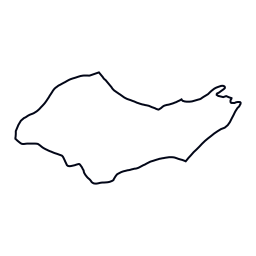 Habil Jabr, Lahij, Yemen
{"feature_id": "15242507B45495192341807", "entity_name": "Habil Jabr", "entity_type": "district", "adm_level": 2, "iso_a3": "YEM", "parent_name": "Yemen", "parent_adm1": "Lahij", "projection": "orthographic", "projection_center": [45.08, 13.602], "detail": "fine", "context": "isolated", "style": "outline", "palette": "ink", "viewbox_px": 256, "rotation_deg": 0, "n_neighbors": 0, "source": "geoboundaries", "source_scale": "gbopen_adm2", "svg_char_len": 4490}
<svg xmlns="http://www.w3.org/2000/svg" viewBox="0 0 256 256"><path d="M181.5,99.4L180.7,99.8L179.6,100.5L178.4,101.0L177.2,101.6L176.0,102.2L174.8,102.6L173.4,103.2L172.2,103.6L170.8,104.0L169.6,104.4L168.3,104.7L167.1,104.9L166.9,104.9L165.9,105.2L164.8,105.5L163.6,106.0L162.5,106.8L161.7,107.5L161.0,108.1L160.4,108.5L159.7,108.9L159.2,109.3L158.8,109.4L158.4,109.6L158.0,109.5L156.2,108.9L155.1,108.3L154.3,108.0L153.5,107.7L152.0,107.2L151.1,106.8L148.8,105.8L147.9,105.6L146.6,105.3L145.3,105.1L143.8,104.7L142.2,104.4L140.9,104.0L139.6,103.6L138.2,103.1L136.9,102.7L135.6,102.1L134.3,101.5L133.1,101.1L132.0,100.7L130.8,100.2L129.3,99.7L128.1,99.3L127.0,98.9L125.6,98.2L124.3,97.5L123.3,96.8L122.2,96.0L121.2,95.3L120.1,94.5L118.8,93.7L117.7,92.9L116.5,92.1L115.4,91.3L114.2,90.5L113.2,89.5L112.3,88.5L111.5,87.2L105.5,80.0L104.4,79.2L103.5,78.2L102.8,77.1L98.9,72.4L89.6,75.6L88.3,75.6L87.0,75.5L85.8,75.5L84.5,75.5L83.1,75.6L81.8,75.8L80.6,76.0L79.3,76.4L78.0,76.8L76.8,77.2L75.6,77.6L74.3,78.0L72.9,78.4L71.7,78.8L70.3,79.3L69.0,79.9L67.7,80.6L66.6,81.2L65.3,82.0L64.1,82.6L62.8,83.3L61.5,84.0L60.3,84.7L59.0,85.3L57.9,86.0L56.9,86.8L55.6,87.7L54.5,88.7L53.6,89.8L52.8,90.9L52.1,92.1L51.3,93.3L50.6,94.4L49.7,95.7L49.0,97.0L48.2,98.2L47.4,99.4L46.6,100.6L45.9,101.6L45.1,102.7L44.3,103.7L43.4,104.7L42.3,105.9L41.3,106.9L40.2,108.1L39.3,109.1L38.4,109.9L37.4,110.8L36.3,111.6L35.0,112.4L33.9,113.1L32.6,113.7L31.2,114.2L29.9,114.7L28.7,115.3L27.5,116.0L26.4,116.8L25.2,117.5L23.9,118.1L20.9,120.7L18.4,124.9L15.8,131.1L15.8,131.4L15.8,132.7L15.8,134.1L15.7,135.4L15.6,136.7L15.4,137.9L15.4,138.8L16.0,139.3L16.9,140.2L17.8,141.0L18.8,141.8L19.8,142.6L20.9,143.4L22.0,143.9L23.3,144.0L24.7,143.9L26.0,143.7L27.3,143.6L28.6,143.6L29.8,143.6L31.2,143.6L32.6,143.6L33.8,143.6L35.1,143.6L36.5,143.7L37.8,143.9L38.9,144.6L40.0,145.4L41.1,146.3L42.1,147.1L43.1,147.8L44.3,148.5L45.8,149.3L47.1,149.9L48.5,150.6L49.9,151.2L51.3,151.7L52.9,152.4L54.4,153.0L55.6,153.4L56.9,153.8L58.3,154.3L59.6,154.8L60.8,155.2L62.0,155.7L62.9,156.7L63.6,158.0L64.1,159.1L64.7,160.3L65.2,161.5L65.8,162.7L66.4,164.0L66.9,165.1L67.9,165.9L69.2,166.2L70.7,166.1L72.1,165.8L73.5,165.5L74.8,165.2L75.9,164.8L77.2,164.4L78.4,164.1L79.0,164.0L79.5,164.2L80.0,164.6L80.7,165.6L81.8,167.1L82.9,169.3L83.6,170.4L83.8,171.7L84.2,172.9L84.9,174.1L85.6,175.2L86.4,176.2L87.2,177.2L88.2,178.2L89.2,179.0L90.1,179.9L90.9,180.9L91.6,182.0L92.6,182.8L93.8,183.4L95.2,183.6L96.4,183.6L97.8,183.4L99.1,183.1L100.3,182.8L101.8,182.6L103.1,182.5L104.5,182.5L105.8,182.4L107.2,182.3L108.5,182.1L109.8,181.8L111.1,181.3L112.3,180.8L113.4,180.1L113.9,179.0L114.6,177.8L115.4,176.5L116.2,175.4L117.1,174.3L118.3,173.6L119.7,172.9L121.0,172.2L122.3,171.7L123.5,171.3L124.8,171.0L126.0,170.7L127.5,170.3L129.0,170.1L130.3,169.8L131.6,169.4L132.9,169.1L134.4,168.7L135.8,168.6L137.0,168.3L138.4,167.8L139.6,167.2L140.7,166.6L142.2,165.8L143.3,165.2L144.8,164.6L146.0,163.9L147.1,163.3L148.5,162.6L149.8,161.9L151.1,161.4L152.5,161.0L153.8,160.6L155.3,160.1L156.9,159.6L158.3,159.2L159.5,158.8L160.8,158.6L162.1,158.3L163.6,158.1L165.0,157.8L166.3,157.6L167.8,157.4L169.1,157.2L170.3,157.2L171.9,157.2L173.2,157.3L174.5,157.5L175.7,157.9L176.9,158.3L178.2,158.8L179.5,159.2L181.0,159.6L182.2,159.9L183.5,160.4L183.8,160.5L184.8,160.9L185.7,161.3L187.6,159.0L188.3,158.1L190.9,155.3L193.7,152.1L196.5,149.5L198.2,147.8L198.8,147.2L199.3,146.7L202.0,143.8L205.0,140.9L208.0,138.4L211.1,136.0L214.2,133.5L217.6,131.2L221.0,129.1L224.7,127.7L227.7,125.2L229.9,122.1L231.7,118.5L233.5,115.1L235.0,112.0L235.3,111.5L235.5,111.1L237.5,108.0L238.0,107.5L238.9,106.7L239.6,105.7L239.9,104.9L240.4,104.2L240.6,103.4L240.6,102.7L240.2,102.2L239.0,102.0L237.8,102.0L237.1,102.1L236.0,102.3L235.4,102.6L234.4,103.0L233.5,103.0L232.8,102.9L231.9,103.0L231.1,102.8L230.5,102.0L230.5,101.1L230.5,100.4L230.7,99.9L231.2,99.2L231.4,98.8L231.5,98.5L231.5,98.1L229.5,97.5L227.8,96.8L226.3,96.1L226.2,96.1L223.2,97.1L219.1,96.1L218.4,96.0L216.7,94.9L216.7,94.6L216.7,94.1L217.2,93.4L218.8,92.7L219.5,92.2L220.6,91.4L223.8,89.1L224.8,88.1L224.9,87.7L224.7,86.7L224.3,86.3L223.0,85.8L222.9,85.8L222.1,85.8L221.8,85.9L221.1,85.9L218.2,86.9L216.3,87.6L214.4,88.6L212.7,89.9L211.3,91.0L211.1,91.2L209.8,92.4L208.1,94.1L205.5,95.7L203.8,96.7L202.1,97.8L201.2,98.5L200.1,99.1L198.6,99.5L198.2,99.6L194.8,100.6L192.0,101.4L189.3,101.7L186.8,101.7L184.5,101.4L183.7,101.1L182.8,100.9L181.8,100.0L181.5,99.4Z" fill="none" stroke="#020617" stroke-width="2"/></svg>